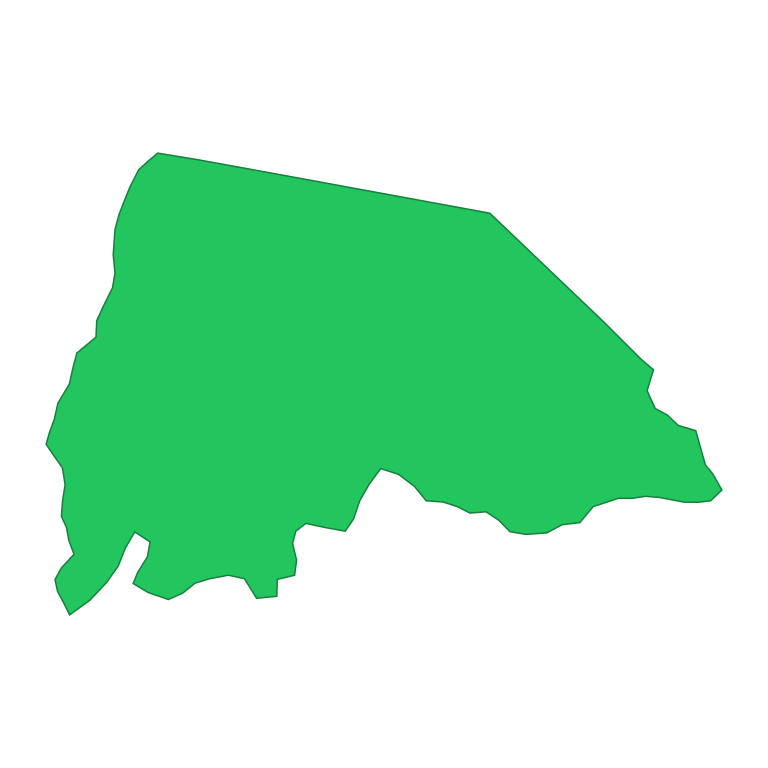 the district of Macambira, Sergipe, Brazil
{"feature_id": "56859067B25028992461332", "entity_name": "Macambira", "entity_type": "district", "adm_level": 2, "iso_a3": "BRA", "parent_name": "Brazil", "parent_adm1": "Sergipe", "projection": "albers", "projection_center": [-37.603, -10.661], "detail": "fine", "context": "isolated", "style": "filled", "palette": "green", "viewbox_px": 768, "rotation_deg": 0, "n_neighbors": 0, "source": "geoboundaries", "source_scale": "gbopen_adm2", "svg_char_len": 1309}
<svg xmlns="http://www.w3.org/2000/svg" viewBox="0 0 768 768"><path d="M721.9,490.0L712.8,473.9L705.4,464.9L700.2,446.5L695.8,430.7L678.2,425.4L667.4,415.1L655.2,408.5L647.1,390.7L653.5,369.8L641.4,359.5L603.9,322.1L489.8,213.2L271.9,173.2L200.0,160.1L157.7,153.1L148.8,160.6L138.7,169.7L129.8,187.3L124.1,201.4L118.9,214.9L115.0,229.3L113.2,254.9L115.0,273.0L112.5,287.8L102.9,307.2L96.7,320.8L96.0,337.1L76.9,353.0L73.2,366.8L69.3,384.1L57.9,403.2L54.2,419.6L49.3,432.9L46.1,444.2L53.0,454.5L62.4,467.8L65.1,484.7L62.6,500.3L61.4,516.4L66.4,527.2L68.8,540.2L74.0,554.3L61.4,567.9L55.0,579.5L57.5,591.3L63.9,603.3L69.6,614.9L89.8,600.3L106.4,582.7L118.2,566.1L125.4,548.0L134.8,531.9L150.1,542.0L147.4,556.8L138.0,571.9L133.1,583.5L148.1,592.5L168.4,599.5L182.9,593.0L195.0,583.2L209.1,578.9L228.1,575.2L244.4,578.7L256.6,598.3L276.8,596.3L277.3,579.4L294.6,575.2L296.6,560.1L292.6,543.5L295.8,531.2L305.9,523.4L324.5,527.4L345.2,531.2L353.4,519.3L359.8,500.7L369.4,483.9L380.8,468.6L398.6,474.4L414.4,486.4L426.2,500.8L443.0,502.0L456.9,506.5L470.0,513.1L486.0,511.8L498.6,520.1L510.0,531.7L525.8,534.4L546.8,532.9L562.1,524.7L579.9,522.6L593.2,506.6L618.4,498.3L632.3,498.3L645.6,496.3L659.7,497.5L683.9,502.1L698.2,502.3L710.6,500.8L721.9,490.0Z" fill="#22c55e" stroke="#15803d" stroke-width="1.5"/></svg>